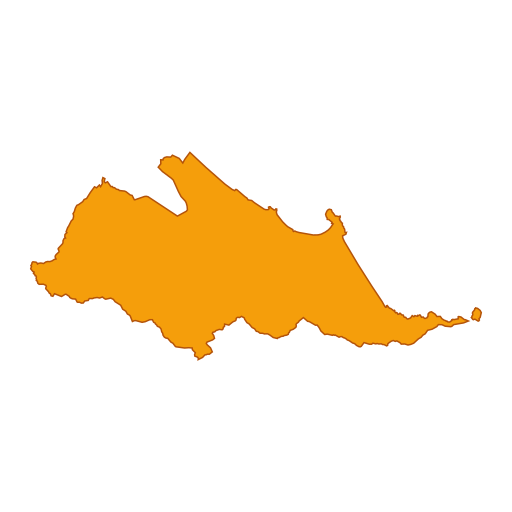 outline of Phu Loc, Thừa Thiên - Huế, Vietnam
{"feature_id": "81297802B61067118889021", "entity_name": "Phu Loc", "entity_type": "district", "adm_level": 2, "iso_a3": "VNM", "parent_name": "Vietnam", "parent_adm1": "Thừa Thiên - Huế", "projection": "mercator", "projection_center": [107.975, 16.288], "detail": "fine", "context": "isolated", "style": "filled", "palette": "amber", "viewbox_px": 512, "rotation_deg": 0, "n_neighbors": 0, "source": "geoboundaries", "source_scale": "gbopen_adm2", "svg_char_len": 6032}
<svg xmlns="http://www.w3.org/2000/svg" viewBox="0 0 512 512"><path d="M386.6,345.9L387.6,345.4L387.8,343.8L388.8,342.9L391.1,341.3L393.2,340.5L395.3,341.4L396.8,340.9L400.0,342.7L401.2,344.1L404.7,344.0L408.0,345.0L410.8,344.4L413.7,343.2L418.5,338.8L421.1,337.3L422.8,335.2L425.2,333.8L427.6,330.3L432.1,329.2L436.8,326.6L438.4,324.6L442.0,324.7L445.2,326.2L450.8,326.7L451.9,326.3L453.7,324.6L463.6,322.9L468.4,321.0L465.4,319.7L464.3,319.6L461.0,317.0L458.7,316.5L458.2,316.7L458.2,318.8L454.0,319.6L452.8,319.3L452.3,319.9L451.8,319.8L451.7,320.5L449.6,322.1L447.8,321.9L447.0,321.1L446.3,321.3L445.8,320.7L444.2,320.2L441.9,318.7L440.3,316.4L436.9,316.5L435.2,314.2L431.5,311.8L430.0,312.1L428.7,313.1L428.1,314.0L427.9,316.6L427.4,316.9L427.1,317.7L425.4,318.4L424.5,318.4L423.2,317.0L421.5,317.3L420.3,315.1L419.7,314.9L418.4,315.6L417.7,315.4L417.6,316.1L417.2,316.3L414.9,315.6L413.9,316.7L412.2,315.6L410.6,317.9L407.8,319.1L406.7,318.6L405.7,317.3L404.5,317.2L403.9,316.8L403.3,315.1L401.5,314.8L400.5,313.4L399.6,313.3L399.1,314.1L397.9,314.3L397.3,313.0L396.3,312.5L395.7,312.8L395.2,312.2L394.5,311.3L394.8,310.8L394.5,310.3L393.7,310.7L390.6,308.4L389.5,308.3L387.2,305.5L386.5,305.8L386.7,306.9L385.7,307.3L384.9,306.6L382.1,301.6L371.9,286.3L358.0,264.5L344.4,241.6L342.8,238.1L342.6,235.8L345.9,234.2L346.4,232.5L345.9,232.7L345.0,232.3L344.6,229.1L343.7,227.9L343.6,226.8L342.7,225.9L342.3,224.8L342.4,223.2L341.3,222.5L340.9,221.4L339.9,220.5L339.9,219.7L339.4,219.0L340.3,217.0L340.1,216.1L338.6,216.6L336.5,216.0L335.8,216.2L335.1,215.8L333.1,212.9L332.3,212.3L331.3,209.7L329.2,209.2L327.7,210.1L326.8,211.3L325.6,214.2L326.3,216.8L327.1,217.7L327.2,219.4L328.9,219.6L332.1,222.3L331.6,223.4L333.1,223.9L330.5,227.7L328.4,229.9L325.3,232.1L321.1,234.2L318.0,234.9L313.3,235.0L299.0,232.5L296.2,231.7L294.8,231.0L293.6,231.5L293.0,230.9L292.8,229.6L287.7,226.7L285.8,225.0L282.6,221.8L277.0,214.6L276.3,212.0L276.8,210.4L276.7,209.0L275.8,208.9L275.1,210.0L274.0,209.9L271.2,208.0L270.3,206.8L269.3,206.7L268.5,207.2L269.1,208.7L268.3,209.6L265.9,209.7L264.2,209.2L254.4,202.7L251.7,200.5L248.1,199.9L246.8,197.9L245.2,196.9L236.7,189.6L235.8,189.4L234.7,190.6L232.2,189.5L224.9,184.1L205.9,167.4L189.9,152.4L184.8,159.3L182.8,163.0L179.2,158.4L172.4,155.2L170.7,157.1L166.8,156.9L164.6,157.5L163.3,158.5L163.0,159.9L160.7,159.8L160.8,163.8L158.2,167.2L162.5,171.6L171.3,178.2L173.3,180.1L178.4,191.5L181.1,196.6L185.2,201.0L186.2,202.8L187.1,206.1L187.4,209.8L186.4,211.2L177.4,216.1L148.0,196.7L146.2,196.3L144.4,196.5L134.9,199.8L134.3,199.7L132.1,195.4L130.3,195.0L126.0,191.7L124.6,191.1L119.4,190.5L118.5,189.6L116.4,189.2L114.6,187.7L113.2,187.6L112.2,186.5L110.9,186.6L107.5,181.8L105.3,182.8L104.2,181.8L104.9,178.6L102.9,177.6L102.1,180.4L102.4,183.5L100.6,186.7L99.4,185.0L96.6,187.8L94.5,186.8L90.2,192.7L86.6,198.5L84.1,199.5L82.7,201.7L78.6,204.6L76.9,205.3L76.4,206.1L75.3,208.2L74.3,211.6L73.0,213.8L73.4,214.5L73.6,216.4L73.0,219.1L71.2,221.0L68.3,226.8L67.8,227.2L66.1,231.8L66.9,232.7L65.0,234.4L64.8,236.8L65.5,238.0L64.4,238.3L63.8,239.0L63.0,240.8L63.0,242.7L62.4,243.9L58.4,248.2L58.1,248.9L59.0,251.1L59.0,251.9L56.2,254.5L55.4,255.6L55.1,256.9L56.0,259.0L54.3,259.4L52.2,260.8L49.9,261.6L47.6,261.5L45.7,262.0L43.6,263.5L40.8,263.0L38.7,263.3L37.5,264.0L36.9,262.8L36.1,262.2L32.9,261.8L32.1,262.5L31.7,264.3L30.9,265.6L31.5,266.5L30.7,268.8L32.7,271.3L34.0,271.9L34.0,272.7L33.4,273.2L33.5,273.5L34.8,274.6L35.1,275.7L35.9,275.8L36.4,277.1L36.1,278.6L36.6,279.7L36.3,280.5L37.3,281.2L37.8,283.2L39.1,284.3L43.4,284.2L45.8,285.3L46.3,286.2L45.7,288.3L45.9,288.9L48.5,291.7L49.4,293.3L50.3,293.6L51.1,295.8L52.9,296.3L54.5,293.7L61.5,296.5L65.2,294.3L66.0,294.2L69.3,296.4L69.7,297.4L71.1,298.3L72.4,298.8L75.6,299.1L77.1,302.0L77.9,302.3L79.5,302.2L81.3,303.1L83.3,303.0L84.7,301.0L88.3,300.4L89.0,298.9L89.7,298.5L92.6,298.6L93.8,298.0L97.1,297.5L99.6,298.0L102.4,297.0L104.6,298.7L105.7,299.2L110.7,298.1L113.4,299.4L115.1,301.7L120.7,305.2L122.7,309.2L125.8,311.2L127.4,314.0L129.6,315.2L130.2,316.0L132.4,321.5L134.2,320.7L135.8,320.6L142.1,322.3L145.2,321.7L149.8,319.7L152.4,319.7L153.6,322.2L155.2,323.1L155.4,323.9L156.6,324.9L157.4,326.3L159.6,327.2L161.1,329.1L161.7,331.8L162.6,333.1L163.1,335.3L164.4,337.2L166.0,338.1L167.7,338.3L170.9,342.1L172.9,343.2L175.3,346.4L176.0,346.8L184.6,348.0L188.7,347.7L192.2,348.0L192.4,349.7L195.3,352.7L194.6,354.6L194.8,356.1L197.4,357.1L198.4,358.3L198.2,359.6L202.6,357.4L204.9,354.9L206.4,354.7L207.3,354.2L209.4,354.2L212.3,351.9L210.5,347.8L207.1,344.7L206.3,343.4L207.0,342.1L212.6,339.9L214.5,338.4L213.7,335.5L212.3,333.4L212.8,332.3L214.8,331.8L215.9,330.6L219.3,329.4L222.1,329.8L223.0,329.0L223.4,327.2L224.5,326.5L224.6,324.1L228.9,325.1L232.8,321.9L235.5,320.7L236.0,320.0L236.2,318.4L237.1,317.5L238.1,317.3L239.4,317.6L241.5,316.4L244.2,317.8L244.7,319.3L246.9,322.6L249.2,324.0L252.1,327.5L254.6,328.8L256.3,331.3L258.0,331.6L260.0,333.2L262.7,333.3L264.4,333.9L267.5,333.8L269.8,335.0L273.2,337.5L277.4,338.5L278.0,337.7L279.1,337.6L281.0,336.5L283.5,336.1L284.0,335.6L286.8,335.1L288.3,334.3L288.6,332.9L289.4,332.2L290.2,330.4L293.2,329.3L295.8,327.4L296.3,326.0L296.0,324.5L296.5,323.6L298.4,322.2L299.1,321.0L303.4,317.6L307.6,321.3L309.3,321.6L315.5,325.2L317.2,325.1L319.1,327.6L320.9,331.0L324.7,334.5L327.2,334.1L332.4,335.3L333.3,334.8L334.2,335.3L335.1,335.0L339.1,337.2L340.1,336.7L341.9,336.6L343.4,337.7L344.3,337.8L346.5,339.1L347.2,339.9L349.1,340.6L352.6,343.0L354.6,343.6L356.5,345.4L359.0,346.7L360.4,346.8L361.3,346.3L364.0,342.6L369.3,344.2L371.6,344.2L372.9,343.2L375.9,343.9L377.0,343.5L378.9,344.0L381.3,343.8L382.5,344.5L384.1,344.6L386.6,345.9ZM477.6,308.4L475.6,307.9L475.5,308.4L474.8,308.7L474.5,310.0L472.7,312.2L472.4,313.1L472.8,314.1L472.7,315.1L471.9,316.2L471.8,317.4L471.4,317.6L472.9,319.5L473.5,319.7L474.5,319.2L475.2,319.3L478.1,321.1L478.7,321.0L479.4,320.1L479.0,318.8L480.2,317.3L481.3,312.6L480.1,310.4L477.6,308.4Z" fill="#f59e0b" stroke="#b45309" stroke-width="1.5"/></svg>